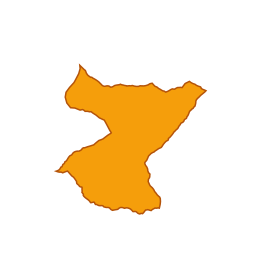 the district of Chang, Thimphu, Bhutan, rotated 134°
{"feature_id": "84629894B66092782557801", "entity_name": "Chang", "entity_type": "district", "adm_level": 2, "iso_a3": "BTN", "parent_name": "Bhutan", "parent_adm1": "Thimphu", "projection": "mercator", "projection_center": [89.678, 27.44], "detail": "fine", "context": "isolated", "style": "filled", "palette": "amber", "viewbox_px": 256, "rotation_deg": 134, "n_neighbors": 0, "source": "geoboundaries", "source_scale": "gbopen_adm2", "svg_char_len": 5397}
<svg xmlns="http://www.w3.org/2000/svg" viewBox="0 0 256 256"><g transform="rotate(134 128 128)"><path d="M163.9,49.8L163.2,50.2L161.1,51.5L160.2,52.1L158.3,53.6L156.3,55.8L156.2,56.1L155.7,57.1L155.8,58.9L155.8,60.5L155.3,63.2L155.2,64.7L154.4,66.8L154.1,69.0L154.2,71.7L154.0,72.6L153.0,75.1L152.9,75.3L152.7,75.8L152.5,76.3L151.9,76.7L151.3,77.2L150.6,77.7L149.7,77.9L148.8,78.0L147.8,78.6L146.7,79.6L145.9,80.2L145.9,82.0L145.1,83.9L143.8,85.5L143.0,87.4L142.7,89.3L142.1,90.8L141.7,91.4L141.2,91.9L140.1,92.0L138.3,92.1L136.3,92.8L134.8,93.4L133.5,93.8L131.7,93.7L130.3,93.7L128.2,93.1L127.2,92.6L125.6,92.5L123.9,92.1L121.4,91.6L119.3,90.7L118.7,90.6L117.7,90.7L115.8,91.1L114.5,91.3L113.1,91.4L111.7,91.4L110.6,91.3L109.2,90.7L108.3,90.9L107.5,91.6L106.9,91.6L105.8,91.4L103.5,91.5L102.3,91.6L100.7,91.8L98.8,92.2L98.2,92.0L97.9,92.0L97.4,92.1L96.1,92.1L94.3,91.9L93.2,92.0L91.4,92.6L89.1,92.8L88.2,93.2L87.1,93.1L86.6,92.8L85.7,92.5L85.1,92.6L84.6,92.5L83.8,92.8L83.4,93.0L82.8,93.2L82.1,93.1L81.6,93.0L81.2,92.9L80.7,92.7L80.1,92.8L79.7,93.0L78.9,93.5L77.8,93.5L76.7,93.8L75.0,94.5L74.0,95.0L73.5,95.1L72.1,95.3L71.4,95.2L70.8,95.0L70.1,95.2L69.7,95.1L68.7,94.8L68.1,95.0L67.5,95.1L66.9,95.1L66.5,95.1L65.9,95.0L64.9,95.5L63.6,96.2L62.4,97.1L61.6,97.8L60.6,98.3L58.9,98.5L58.2,98.6L57.5,98.4L55.8,98.4L54.0,98.4L48.8,97.8L47.0,97.8L47.5,99.3L48.1,100.6L48.7,102.7L48.1,103.8L48.2,104.8L48.9,106.1L49.4,107.3L49.8,108.5L50.0,110.2L50.3,110.8L51.0,112.3L51.3,113.3L51.6,114.4L51.8,116.2L53.5,116.8L56.0,117.7L56.4,117.8L57.8,117.6L58.9,117.5L60.0,117.3L60.8,117.2L61.1,117.1L61.4,117.2L62.0,118.2L63.4,119.4L64.5,120.5L65.6,120.9L66.2,121.1L66.6,121.2L67.8,121.5L68.6,122.6L69.0,123.2L70.0,123.7L70.6,123.9L72.1,124.3L72.8,124.5L73.5,124.7L74.7,125.2L75.1,125.4L75.4,125.5L76.0,125.8L76.3,127.5L76.5,127.8L77.2,129.0L77.5,130.3L77.8,131.8L78.3,133.4L78.4,135.4L78.5,135.7L79.3,137.8L79.2,139.4L79.0,141.7L80.6,142.8L81.3,143.1L82.2,143.3L83.0,143.5L84.9,144.5L85.9,145.2L86.8,145.9L88.1,147.3L89.2,148.6L91.0,149.5L91.6,150.2L92.0,150.6L92.3,150.9L92.6,151.2L92.7,151.5L93.2,152.1L94.5,154.5L95.5,155.1L96.1,155.7L96.5,156.3L97.2,156.8L97.6,157.3L98.6,157.9L98.6,158.3L99.2,159.2L100.0,160.4L100.4,161.2L101.1,162.3L101.5,163.1L101.8,163.9L102.3,164.1L103.0,164.4L104.9,165.9L105.6,166.4L106.1,166.7L106.9,167.2L108.4,167.5L109.8,168.1L110.1,168.4L110.8,169.0L110.9,170.4L111.6,171.7L112.8,172.8L114.1,173.6L114.9,174.7L115.1,175.5L115.3,176.1L115.2,177.3L115.2,179.2L115.2,179.6L115.1,180.2L115.3,182.6L115.6,184.3L115.8,185.3L115.9,185.6L116.2,186.8L116.4,187.6L116.6,188.1L116.6,189.0L116.7,189.3L116.9,189.6L117.5,190.1L117.6,191.0L117.8,192.2L117.9,192.8L117.9,194.1L117.4,196.2L117.1,196.8L116.7,197.6L116.2,198.7L116.3,199.0L116.4,199.5L116.4,203.6L116.4,206.2L118.5,203.7L123.1,201.2L129.5,199.3L132.8,198.4L139.5,198.2L145.3,197.4L149.4,194.6L152.5,189.4L153.3,183.4L150.5,180.0L148.4,174.9L146.4,173.6L145.9,172.5L145.8,170.4L144.2,168.8L142.9,166.7L141.9,165.9L141.7,163.8L140.9,159.9L140.6,155.7L139.7,153.0L138.8,150.5L140.0,146.6L141.4,142.3L141.6,141.8L141.9,140.7L142.2,140.0L142.6,138.5L142.8,137.6L143.1,136.7L144.0,136.7L147.2,137.5L151.7,138.2L153.2,138.4L155.1,139.2L155.9,139.6L157.0,140.2L158.9,140.5L160.8,140.7L163.1,140.9L163.8,140.9L164.6,141.3L165.5,141.8L166.1,142.1L167.2,142.7L168.8,143.6L169.8,144.2L170.7,144.6L172.4,145.5L173.2,146.3L174.5,146.7L175.3,146.4L176.7,146.5L178.6,147.1L179.9,148.4L180.8,149.1L181.9,149.7L183.6,150.2L185.5,150.0L186.4,149.8L188.3,150.5L190.3,150.4L192.0,150.0L193.8,149.6L194.5,149.5L195.4,149.7L196.2,149.9L197.1,149.4L198.3,149.2L199.2,149.5L199.9,149.4L200.6,149.0L201.8,148.6L202.8,149.1L203.7,148.8L205.1,148.5L206.4,148.6L208.1,149.2L209.0,149.7L208.5,148.5L208.2,148.0L207.9,147.5L207.7,147.1L207.5,146.8L206.9,146.2L206.4,145.7L206.1,145.3L205.9,144.8L205.8,144.4L205.7,144.0L205.5,143.8L205.1,143.6L204.4,143.3L203.7,143.0L202.9,142.6L202.1,142.2L201.0,141.6L201.0,141.1L201.1,140.5L201.1,139.9L201.2,139.3L201.2,138.7L201.3,138.2L201.3,137.6L201.4,137.0L201.4,136.4L201.5,135.8L201.5,135.2L201.5,134.8L201.4,134.2L201.3,133.7L201.2,132.9L201.3,132.3L201.4,131.7L201.5,131.1L201.6,130.6L201.7,130.1L201.8,129.6L201.9,129.0L202.1,128.4L202.2,127.9L202.6,127.4L203.0,127.0L203.4,126.4L203.5,125.8L203.5,125.4L203.5,124.9L203.4,124.3L203.4,123.9L203.4,123.4L203.6,122.7L203.7,122.3L203.5,121.8L203.3,121.1L202.6,120.2L203.0,119.3L203.7,118.9L205.4,117.0L206.3,116.4L206.6,114.2L207.6,113.3L207.8,112.2L207.8,110.4L207.3,106.5L207.3,104.9L207.7,103.1L207.4,102.7L205.0,101.1L204.9,100.4L205.3,99.5L205.6,98.3L204.8,97.4L204.4,96.0L204.1,95.2L203.3,94.1L202.6,93.6L201.5,92.3L201.4,92.0L201.5,91.4L201.5,90.6L200.6,89.0L200.3,88.5L198.9,87.0L198.3,85.7L198.5,84.2L198.4,83.3L198.0,82.0L195.7,80.4L194.0,79.1L193.3,78.8L192.3,78.8L190.8,78.4L190.0,77.8L189.2,76.9L188.6,75.8L188.3,74.9L187.3,74.2L186.6,73.8L186.2,73.3L185.6,72.5L185.1,71.5L184.8,70.6L184.5,69.7L184.6,69.1L184.5,68.1L184.7,66.5L184.1,65.7L183.5,65.3L183.0,64.7L182.6,64.1L182.5,63.5L182.5,61.8L182.1,60.6L181.9,60.1L181.5,59.7L180.5,59.4L180.0,58.8L179.7,58.3L179.5,58.0L178.6,58.0L177.5,58.0L176.6,58.2L176.0,58.2L174.9,58.4L174.3,58.0L173.9,57.5L173.0,57.1L172.4,55.9L171.7,54.6L171.3,54.0L170.6,54.0L169.0,53.7L168.3,53.4L167.1,53.1L166.6,52.7L166.2,52.1L165.5,51.5L164.5,50.8L163.9,49.8Z" fill="#f59e0b" stroke="#b45309" stroke-width="1.5"/></g></svg>